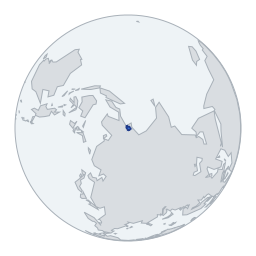 Bago on an orthographic globe, rotated 167°
{"feature_id": "MMR-3268", "entity_name": "Bago", "entity_type": "Division", "adm_level": 1, "iso_a3": "MMR", "parent_name": "Myanmar", "parent_adm1": "", "projection": "orthographic", "projection_center": [96.396, 18.188], "detail": "fine", "context": "on_globe", "style": "filled", "palette": "blue", "viewbox_px": 256, "rotation_deg": 167, "n_neighbors": 0, "source": "natural_earth", "source_scale": "10m", "svg_char_len": 10960}
<svg xmlns="http://www.w3.org/2000/svg" viewBox="0 0 256 256"><g transform="rotate(167 128 128)"><circle cx="128" cy="128" r="113" fill="#eef3f6" stroke="#a8b0b8"/><path d="M235.6,161.4L235.3,162.1L235.6,161.4ZM175.4,25.8L177.1,26.9L181.6,29.4L177.8,27.6L188.8,34.1L192.8,37.8L186.1,32.5L183.7,31.2L185.4,32.9L183.3,32.0L182.9,32.4L180.3,31.2L176.5,28.6L174.8,27.9L176.0,29.2L174.2,29.1L172.6,27.2L169.2,27.0L162.4,23.3L160.3,20.5L154.4,18.8L149.6,17.4L158.4,19.5L167.0,22.3L175.4,25.8ZM135.3,15.6L134.3,15.5L134.2,15.5L135.3,15.6ZM185.3,31.6L184.2,30.8L186.0,32.0L185.3,31.6ZM183.3,32.6L184.3,33.3L183.6,33.3L183.3,32.6ZM179.0,31.5L177.7,31.5L178.4,31.0L179.0,31.5ZM176.6,31.2L173.4,31.4L175.3,32.7L168.2,29.5L173.2,30.2L173.8,29.3L174.8,30.4L176.6,31.2ZM148.8,17.3L149.4,17.4L146.2,16.9L148.8,17.5L144.9,16.9L142.6,16.5L142.8,16.4L141.2,16.3L139.9,16.0L148.8,17.3ZM164.7,27.9L163.4,27.7L164.1,27.4L164.7,27.9ZM136.0,15.6L137.8,15.8L138.8,15.9L135.5,15.7L136.2,15.7L136.0,15.6ZM151.4,18.0L151.6,18.2L148.5,17.8L148.1,17.8L144.9,16.9L151.4,18.0ZM135.1,15.6L133.8,15.6L131.8,15.5L134.4,15.5L135.1,15.6ZM140.4,16.1L140.7,16.2L139.5,16.1L140.4,16.1ZM123.7,15.5L125.8,15.4L126.5,15.4L123.7,15.5ZM133.5,15.7L134.2,15.7L134.7,15.8L133.4,15.8L133.5,15.7ZM143.0,16.8L141.6,16.6L144.1,17.1L141.9,17.0L140.1,16.4L140.0,16.6L139.3,16.6L138.6,16.2L143.0,16.8ZM133.7,16.1L130.7,15.6L126.8,15.6L126.1,15.5L132.5,15.6L133.7,16.1ZM136.6,16.2L134.7,16.0L134.8,15.9L136.2,15.9L136.6,16.2ZM141.0,17.1L144.9,17.5L145.1,17.6L141.0,17.1ZM132.5,16.0L133.3,16.2L132.2,16.1L132.5,16.0ZM138.4,16.8L139.7,16.8L139.9,17.0L138.4,16.8ZM133.6,16.4L132.7,16.3L133.6,16.2L133.6,16.4ZM135.8,16.6L135.8,16.8L134.5,16.3L136.3,16.6L135.8,16.6ZM138.4,16.9L139.0,17.0L137.8,16.9L138.4,16.9ZM130.6,17.0L128.8,16.3L130.9,16.1L132.4,16.7L130.6,17.0ZM38.0,60.3L38.7,59.4L36.9,62.1L38.6,64.6L38.2,66.1L34.6,70.5L33.1,80.7L36.7,77.7L38.7,84.6L42.2,86.8L49.6,78.1L43.8,74.3L46.2,69.2L53.5,68.3L59.1,72.2L60.2,70.4L59.5,64.5L63.7,62.3L59.6,62.3L59.1,64.6L56.6,64.8L56.9,62.8L58.3,62.0L57.5,60.2L50.7,65.0L49.5,67.8L45.5,66.3L43.0,71.1L40.9,72.3L44.2,64.9L46.1,62.8L49.9,54.2L47.6,56.3L43.8,64.6L43.7,63.4L40.5,66.8L42.8,63.4L47.6,54.3L45.9,53.4L38.7,59.9L38.7,59.4L40.3,57.4L43.7,53.3L48.8,48.0L47.7,50.2L50.5,47.8L55.0,43.2L54.3,44.4L56.0,43.0L56.1,43.9L60.4,41.8L61.1,42.6L66.9,38.9L68.0,38.9L64.3,41.0L62.0,43.1L64.2,45.7L65.9,45.3L69.5,42.8L69.6,44.1L72.8,41.3L76.1,42.1L74.8,39.1L79.0,36.6L83.2,35.7L84.3,34.5L77.5,36.1L74.9,37.2L73.1,39.0L66.0,42.4L64.4,42.2L70.9,37.1L69.3,36.4L75.1,33.1L90.1,30.2L94.3,30.9L92.5,36.8L89.1,37.8L88.1,36.0L85.3,39.8L87.3,38.5L87.5,39.7L91.5,38.1L91.8,38.9L95.2,36.1L96.0,37.0L93.8,38.7L100.5,37.5L103.2,39.1L104.6,38.4L105.3,37.4L108.3,40.3L109.2,39.8L108.6,38.5L109.9,36.7L113.4,34.8L114.2,35.9L113.1,36.8L112.0,40.4L108.8,42.8L109.5,43.1L112.5,41.3L113.8,36.8L115.7,35.4L115.5,37.4L115.7,36.5L116.9,36.2L118.9,37.0L119.3,34.8L131.3,30.9L136.4,32.4L134.9,34.4L144.2,33.9L149.2,36.4L148.6,35.2L152.6,34.6L151.1,33.8L151.1,33.2L160.8,32.2L163.7,33.1L167.2,32.0L166.9,31.5L164.9,30.7L168.2,29.5L175.3,32.7L175.7,33.7L179.9,35.3L180.2,37.5L182.3,40.3L180.1,42.3L182.0,44.6L183.5,45.1L187.1,48.8L189.6,55.8L181.2,48.3L176.2,39.1L177.7,42.5L175.4,41.3L174.8,42.3L176.0,45.0L177.3,45.5L169.5,48.8L168.7,56.5L173.4,56.1L176.8,58.6L179.9,68.7L172.8,82.7L177.2,87.5L177.8,90.7L174.6,92.7L173.7,88.0L170.0,86.3L170.0,83.6L164.6,85.7L164.3,81.9L160.2,85.7L162.2,88.7L167.1,88.0L163.7,93.3L169.3,98.8L170.4,105.4L162.7,117.1L154.1,120.7L153.6,122.8L150.0,120.3L145.5,124.5L152.5,136.5L152.4,139.9L145.0,146.4L144.7,143.8L135.1,137.3L133.5,145.5L140.8,152.5L143.3,160.4L137.8,157.8L135.2,150.8L131.8,148.3L132.6,141.2L129.4,130.5L123.8,132.2L124.1,127.9L119.0,118.9L110.8,121.1L98.0,131.2L96.5,141.9L91.9,146.1L85.9,129.7L85.7,119.0L82.0,119.4L77.1,109.5L64.1,106.1L63.7,103.2L61.0,103.8L57.7,100.0L57.6,95.3L55.0,94.7L55.8,107.3L58.7,108.0L63.1,104.5L62.6,108.8L65.9,113.5L57.2,121.6L40.3,125.3L41.0,117.0L40.4,92.3L41.8,90.2L41.9,89.9L42.0,89.4L39.5,92.7L40.2,88.1L38.0,104.4L36.6,111.0L40.0,125.7L39.1,126.6L41.0,130.0L49.7,129.9L49.2,132.5L43.7,143.3L33.6,155.7L36.4,167.3L38.0,176.4L34.8,180.0L38.1,187.3L36.9,188.4L38.9,192.3L39.7,195.4L39.9,197.4L37.1,194.5L34.5,190.8L34.2,190.3L33.4,189.2L28.2,180.2L23.8,170.8L20.3,161.0L18.7,154.7L17.4,148.1L15.5,131.5L15.7,124.3L15.8,120.4L15.7,119.7L16.1,115.1L17.4,106.6L19.3,98.3L21.9,90.2L25.0,82.3L28.8,74.6L33.1,67.3L38.0,60.3ZM62.5,81.7L67.4,84.0L69.4,77.3L71.5,77.7L71.4,75.4L69.5,76.8L69.9,70.7L73.6,70.0L75.1,67.4L73.5,66.6L66.8,69.0L66.2,77.5L63.3,79.4L62.5,81.7ZM65.5,35.3L64.1,36.6L62.0,37.8L61.2,37.8L64.2,35.8L65.5,35.3ZM62.6,38.1L69.4,33.5L70.2,33.6L68.6,34.3L68.4,34.8L65.8,36.1L60.0,41.1L57.8,42.6L57.5,41.1L58.8,40.6L60.1,39.3L62.6,38.1ZM85.1,24.3L88.0,23.1L86.0,24.9L83.5,25.9L82.5,25.6L84.8,24.3L85.1,24.3ZM131.8,15.4L132.0,15.4L130.7,15.4L129.2,15.4L129.3,15.4L127.3,15.4L126.3,15.4L124.6,15.4L121.7,15.5L131.8,15.4ZM106.8,17.4L107.1,17.3L109.0,17.0L109.9,16.8L108.0,17.2L111.5,16.6L116.1,16.4L120.9,16.0L122.6,16.0L120.9,16.2L123.8,16.1L121.6,16.7L122.8,16.8L121.8,17.5L117.7,18.2L119.3,18.3L118.7,19.1L115.3,19.8L116.0,19.0L111.8,20.5L110.8,19.9L110.4,20.1L108.3,20.0L105.0,20.4L105.0,20.1L103.7,20.4L102.3,20.5L100.5,20.8L100.0,20.5L97.8,21.0L98.8,20.5L95.1,21.5L97.6,20.6L96.0,20.9L94.4,21.6L95.6,20.1L106.8,17.4ZM130.2,17.1L125.5,17.7L122.6,17.7L125.6,16.4L124.8,16.2L126.6,15.7L130.7,15.8L129.8,15.9L129.9,16.0L128.6,15.9L129.7,16.1L128.5,16.3L129.1,16.6L127.4,16.6L130.2,17.1ZM39.9,64.9L40.0,65.6L40.6,66.2L38.6,68.4L39.9,64.9ZM43.0,58.7L43.4,58.8L40.8,62.0L40.7,61.4L43.0,58.7ZM45.7,56.3L43.6,58.6L44.7,57.0L45.7,56.3ZM64.9,41.1L65.5,41.2L64.8,41.9L63.4,42.6L64.9,41.1ZM102.7,25.3L103.6,24.6L104.3,24.5L107.8,23.2L108.9,23.7L107.2,24.7L102.7,25.3ZM47.3,79.1L45.1,80.2L45.1,79.0L45.9,78.8L47.3,79.1ZM40.7,74.0L41.2,76.4L40.1,74.6L40.7,74.0ZM104.5,25.7L105.8,25.0L105.5,25.7L104.5,25.7ZM109.8,24.1L109.8,24.8L109.4,23.6L109.8,24.1ZM93.7,228.9L95.9,230.0L94.2,229.8L93.7,228.9ZM49.9,179.7L50.6,193.9L47.2,192.7L44.5,187.7L42.8,178.7L46.1,177.4L47.2,173.7L49.9,179.7ZM170.6,177.8L173.8,178.1L173.6,178.6L170.6,177.8ZM167.4,176.3L171.0,176.3L166.7,177.4L167.4,176.3ZM172.4,176.2L176.2,175.1L177.8,174.2L177.4,175.2L172.4,176.2ZM164.9,176.4L151.0,176.6L145.4,175.2L146.8,173.5L155.8,173.9L164.9,176.4ZM146.3,173.4L137.8,168.2L125.8,152.8L130.1,153.2L142.6,162.7L141.8,164.2L147.0,168.3L146.3,173.4ZM166.8,163.8L166.0,168.5L158.4,168.3L154.9,167.6L152.5,161.5L153.8,158.5L156.7,158.5L167.6,147.7L171.4,150.2L168.2,154.8L171.3,158.8L166.8,163.8ZM96.9,143.0L99.5,149.7L97.0,150.5L96.9,143.0ZM171.8,140.1L167.5,144.9L171.4,138.6L171.8,140.1ZM173.9,134.2L174.3,136.6L172.4,134.3L173.9,134.2ZM153.7,126.1L150.7,126.6L150.5,124.9L154.3,123.2L153.7,126.1ZM171.2,111.1L171.5,116.0L171.1,117.7L169.5,114.7L171.2,111.1ZM115.3,31.4L109.3,32.5L105.6,34.1L104.7,36.0L103.4,33.9L109.1,31.5L115.3,31.4ZM129.3,30.7L130.1,29.3L131.4,29.9L131.4,30.3L129.3,30.7ZM128.5,29.9L126.3,28.4L127.9,27.6L129.3,28.9L128.5,29.9ZM115.2,26.4L113.3,26.6L113.6,26.0L115.2,26.4ZM190.2,218.2L191.8,215.5L195.0,214.4L192.3,217.2L190.2,218.2ZM218.1,195.7L218.4,195.2L218.1,195.5L218.1,195.7ZM183.0,208.5L162.0,216.2L157.8,215.7L159.7,213.1L157.5,205.3L158.9,205.4L159.0,199.9L171.9,194.2L181.4,184.0L187.6,184.1L192.9,176.6L199.0,176.3L196.6,182.0L202.3,184.7L207.8,171.8L209.6,184.1L212.6,187.7L211.5,195.2L200.0,209.6L194.9,213.0L194.7,212.1L192.4,213.7L189.9,213.8L190.0,210.1L187.7,211.6L190.6,208.3L186.9,211.4L186.3,209.1L183.0,208.5ZM225.8,177.3L226.3,177.4L226.5,179.1L225.8,179.2L225.8,177.3ZM234.3,165.1L234.0,165.9L233.7,166.6L234.3,165.1ZM235.3,162.2L234.9,163.2L235.6,161.4L235.3,162.2ZM230.3,168.4L230.4,169.1L230.1,169.5L230.3,168.4ZM230.2,168.3L230.7,166.8L230.4,168.1L230.2,168.3ZM228.5,162.5L229.0,161.7L229.1,162.1L228.5,162.5ZM178.4,177.8L183.0,173.9L185.3,173.5L178.4,177.8ZM228.1,161.3L227.2,161.5L227.3,160.8L228.1,161.3ZM228.3,159.6L228.3,158.6L228.7,160.8L228.3,159.6ZM226.6,158.0L227.7,159.4L226.5,158.3L226.6,158.0ZM225.8,158.5L225.0,158.0L225.0,157.7L225.8,158.5ZM214.4,162.7L217.9,167.8L214.8,168.4L211.4,165.4L208.3,169.3L201.4,169.8L203.2,167.4L202.4,164.3L195.0,163.8L193.5,161.8L196.2,160.1L191.2,158.9L196.7,157.3L198.9,161.5L201.9,157.7L207.0,157.9L211.8,158.6L215.4,161.2L214.4,162.7ZM196.5,167.1L197.4,167.0L196.6,168.4L196.5,167.1ZM223.3,156.1L224.5,157.9L224.4,158.4L223.7,158.3L223.3,156.1ZM216.2,160.3L220.2,155.8L221.1,155.7L218.4,160.4L216.2,160.3ZM219.3,153.6L221.1,153.8L221.9,155.6L221.5,156.3L219.3,153.6ZM185.3,164.1L185.0,165.3L183.5,164.5L185.3,164.1ZM187.2,163.2L191.6,164.1L186.8,164.3L187.2,163.2ZM173.4,159.7L174.8,162.6L179.0,160.5L175.8,163.4L178.6,168.0L177.5,169.9L174.8,164.8L173.7,170.3L171.8,170.3L170.8,165.7L172.8,160.0L174.7,157.5L182.3,156.1L173.4,159.7ZM187.2,159.6L186.0,156.2L186.9,153.9L188.2,155.6L187.2,159.6ZM182.4,148.2L179.0,144.4L176.2,146.1L181.8,140.2L184.1,144.8L182.4,148.2ZM179.3,139.6L176.6,141.1L179.3,137.7L179.3,139.6ZM175.9,139.8L175.4,137.0L177.6,137.3L175.9,139.8ZM180.7,139.6L181.0,134.8L182.3,137.6L180.7,139.6ZM174.1,130.8L179.1,135.2L172.9,133.5L172.0,124.4L174.6,124.1L174.1,130.8ZM184.5,93.9L183.5,91.5L185.7,90.8L185.8,92.6L184.5,93.9ZM191.8,87.1L186.0,89.8L181.1,92.4L182.9,93.4L182.4,97.7L179.3,93.9L182.2,89.1L186.0,88.0L186.0,84.5L188.4,82.0L186.9,77.8L187.7,75.9L190.3,79.5L191.8,87.1ZM186.1,76.1L184.3,68.8L188.7,69.7L190.0,71.4L189.0,74.3L186.8,73.7L186.1,76.1ZM185.2,67.4L183.0,66.8L175.8,57.0L175.4,55.2L183.2,62.6L181.5,62.6L182.5,65.0L185.2,67.4ZM164.2,28.3L163.5,27.8L164.8,28.2L164.2,28.3ZM150.2,32.8L150.4,32.0L151.9,32.4L150.2,32.8ZM151.8,30.3L150.0,30.4L151.6,29.9L151.8,30.3ZM146.0,30.6L149.1,30.2L146.6,31.3L146.0,30.6Z" fill="#d9dde1" stroke="#a8b0b8" stroke-width="1"/><path d="M128.9,129.4L128.9,129.5L129.0,129.7L129.0,129.8L128.9,129.8L128.9,130.0L129.0,130.2L129.0,130.3L128.9,130.4L128.9,130.5L128.7,130.5L128.7,130.4L128.3,130.3L128.1,130.4L128.0,130.2L127.9,130.0L127.9,129.9L127.8,129.6L127.5,129.0L127.4,128.9L127.2,129.0L126.9,129.3L126.7,129.3L126.6,129.2L126.4,129.1L126.2,128.9L126.3,128.8L126.3,128.7L126.2,128.4L126.2,128.1L126.1,127.9L125.9,127.7L125.7,127.5L125.7,127.4L125.5,127.2L125.7,126.9L125.8,126.9L125.8,126.7L125.7,126.6L125.8,126.6L125.9,126.4L126.0,126.3L126.2,126.1L126.3,126.1L126.5,126.1L126.8,126.0L127.0,126.0L127.0,125.9L127.0,125.7L126.9,125.7L127.0,125.5L127.3,125.5L127.5,125.6L127.6,125.4L127.6,125.5L127.8,125.5L128.0,125.5L128.1,125.8L128.2,126.0L128.3,126.0L128.2,126.1L128.3,126.2L128.3,126.3L128.5,126.5L128.4,126.6L128.5,126.8L128.4,126.9L128.5,127.0L128.8,127.2L129.0,127.1L129.1,127.3L129.1,127.5L129.2,127.8L129.3,127.8L129.3,127.7L129.4,127.8L129.4,128.0L129.5,128.0L129.5,128.3L129.4,128.3L129.4,128.5L129.5,128.6L129.5,128.8L129.5,129.0L129.6,129.3L129.4,129.4L129.3,129.2L129.2,129.2L128.9,129.1L128.9,129.4L128.9,129.4Z" fill="#3b82f6" stroke="#1e3a8a" stroke-width="1.5"/></g></svg>